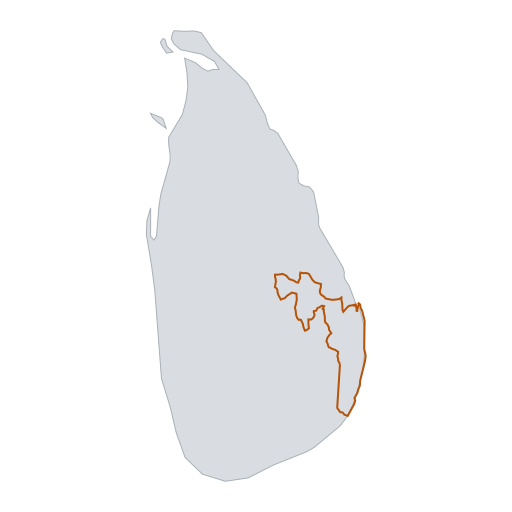 where Ampāra sits in Sri Lanka
{"feature_id": "LKA-2451", "entity_name": "Ampāra", "entity_type": "District", "adm_level": 1, "iso_a3": "LKA", "parent_name": "Sri Lanka", "parent_adm1": "", "projection": "natural_earth1", "projection_center": [81.481, 7.125], "detail": "fine", "context": "in_parent", "style": "outline", "palette": "amber", "viewbox_px": 512, "rotation_deg": 0, "n_neighbors": 0, "source": "natural_earth", "source_scale": "10m", "svg_char_len": 3257}
<svg xmlns="http://www.w3.org/2000/svg" viewBox="0 0 512 512"><path d="M174.2,30.7L183.8,31.3L194.1,31.0L201.3,32.6L213.6,50.6L247.2,82.8L265.5,115.5L267.2,122.7L269.7,128.9L274.1,130.6L277.8,133.4L296.1,165.0L298.2,171.2L297.9,178.1L299.0,183.2L303.7,185.8L309.7,187.1L313.6,191.9L318.6,217.1L318.6,224.9L319.9,228.3L343.0,267.5L344.3,272.3L344.1,275.9L344.8,279.0L349.2,285.9L356.2,304.6L359.7,308.8L364.0,325.2L364.3,356.4L362.7,370.3L358.4,387.2L353.3,403.8L347.8,415.7L340.2,425.8L314.3,447.3L306.9,451.6L273.2,465.1L248.4,477.8L225.4,481.3L202.4,474.2L185.1,457.5L176.3,432.9L170.3,407.2L161.5,378.7L154.8,290.5L151.6,265.9L146.4,234.5L146.9,220.9L150.6,207.9L150.6,236.5L154.0,240.0L156.5,236.3L158.9,206.7L160.8,194.2L170.0,161.5L170.2,155.7L168.6,143.4L168.7,137.3L182.4,114.4L185.9,101.0L187.8,87.4L187.0,72.7L184.6,58.1L195.6,62.8L201.6,67.8L207.8,71.2L212.8,69.5L218.9,69.4L214.6,61.5L201.8,54.2L180.5,49.7L173.9,43.9L171.3,38.9L172.6,33.1L174.2,30.7ZM163.3,119.6L166.2,128.4L157.9,122.4L152.5,117.4L150.5,113.3L161.8,117.9L163.3,119.6ZM172.9,52.0L166.6,53.2L161.6,45.5L160.5,42.2L161.8,39.9L163.1,38.7L164.8,39.1L167.1,46.3L172.9,52.0Z" fill="#d9dde1" stroke="#a8b0b8" stroke-width="1"/><path d="M353.5,305.0L353.6,305.5L354.4,305.7L355.2,304.5L355.8,304.5L356.6,309.2L356.6,310.9L357.3,310.9L357.4,309.3L357.6,307.6L358.1,306.3L358.7,305.3L358.7,304.5L358.6,304.3L358.4,303.6L358.6,303.2L359.1,303.5L360.0,304.5L360.3,305.4L360.6,307.9L362.1,310.7L364.6,320.6L364.2,348.1L364.4,349.9L365.4,354.0L365.6,356.5L365.0,361.1L360.4,379.6L360.1,381.5L360.0,384.0L359.7,386.1L358.3,389.4L357.9,390.8L357.4,392.8L355.4,396.4L354.5,398.0L355.2,400.8L354.1,404.2L347.7,415.9L346.8,415.5L344.4,414.7L342.7,412.5L341.4,412.3L340.2,412.2L337.2,407.9L339.9,365.1L339.4,362.8L338.2,360.8L338.1,358.6L337.4,356.3L337.9,354.0L338.1,351.8L335.1,349.8L331.6,348.7L331.0,348.2L330.4,347.7L329.7,347.7L328.9,347.3L328.1,345.7L327.7,343.9L326.4,341.2L327.5,337.6L329.6,334.7L331.3,333.2L329.1,329.8L328.8,327.2L327.4,324.4L325.2,322.2L324.8,319.9L324.9,317.2L323.7,311.0L323.9,309.5L323.3,309.3L322.6,308.9L324.1,306.2L322.1,305.6L319.6,307.2L318.4,307.6L317.3,308.2L316.9,309.3L316.2,310.6L314.8,311.0L313.8,311.1L313.8,312.6L314.4,314.0L314.5,315.3L314.0,316.5L313.4,317.4L312.9,318.3L310.9,319.6L308.4,319.4L308.4,323.9L308.9,328.3L307.0,329.8L305.0,330.7L304.1,328.8L303.3,326.5L303.0,324.4L302.1,322.3L301.4,321.0L301.0,319.9L299.7,319.6L298.8,319.9L297.3,318.2L296.2,315.4L295.6,310.3L295.2,308.9L294.9,307.4L295.2,306.4L295.7,305.2L296.8,299.5L296.4,293.7L291.9,292.6L287.0,295.8L284.9,298.0L283.6,298.6L282.6,298.8L280.8,299.6L278.3,294.8L277.5,292.0L277.4,290.1L276.7,288.5L275.2,287.4L274.9,287.1L275.9,281.6L275.7,279.3L275.0,276.7L275.0,274.7L276.9,274.7L280.7,274.3L282.5,273.9L286.2,275.6L289.1,279.0L294.0,280.7L296.4,282.3L298.3,282.6L298.6,281.4L299.0,280.0L299.7,279.2L300.2,278.0L299.9,275.2L300.4,272.6L303.1,273.2L306.3,273.0L309.0,274.0L312.4,279.8L314.7,282.2L317.7,283.2L320.9,283.9L320.8,287.4L319.8,290.8L320.0,292.7L320.9,294.5L324.1,296.7L325.8,298.6L332.4,299.9L339.1,299.1L341.4,297.5L341.5,300.5L342.2,303.3L342.5,309.9L343.3,311.8L346.8,307.8L348.8,305.9L351.6,305.4L353.5,305.0Z" fill="none" stroke="#b45309" stroke-width="2"/></svg>